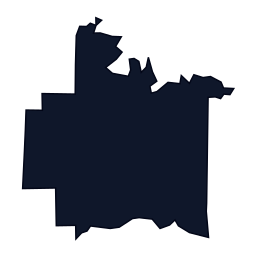 Ponte Preta, Rio Grande do Sul, Brazil, rotated 179°
{"feature_id": "56859067B57948891893703", "entity_name": "Ponte Preta", "entity_type": "district", "adm_level": 2, "iso_a3": "BRA", "parent_name": "Brazil", "parent_adm1": "Rio Grande do Sul", "projection": "orthographic", "projection_center": [-52.512, -27.663], "detail": "fine", "context": "isolated", "style": "filled", "palette": "ink", "viewbox_px": 256, "rotation_deg": 179, "n_neighbors": 0, "source": "geoboundaries", "source_scale": "gbopen_adm2", "svg_char_len": 1058}
<svg xmlns="http://www.w3.org/2000/svg" viewBox="0 0 256 256"><g transform="rotate(179 128 128)"><path d="M182.0,18.0L176.2,24.0L170.8,25.7L167.2,30.7L147.5,27.9L138.5,29.0L125.1,37.4L118.4,38.2L105.4,36.5L97.7,27.0L88.1,30.3L82.6,35.3L79.3,29.3L68.4,22.4L49.4,17.2L51.2,43.4L50.7,51.5L47.4,157.3L40.2,157.6L34.9,155.8L31.6,160.2L25.5,159.6L21.6,165.6L31.8,166.3L34.2,172.3L40.1,175.5L44.6,178.0L52.1,177.1L61.2,180.1L65.8,171.6L73.8,179.5L75.3,171.4L87.2,172.9L98.4,163.9L104.1,162.4L105.4,169.4L98.4,174.3L102.6,183.8L106.4,198.3L108.7,188.4L113.8,183.4L116.0,194.4L120.7,197.4L125.5,196.8L124.3,186.0L126.8,179.7L142.6,182.9L149.3,188.9L138.5,197.0L132.6,204.0L139.0,209.7L133.1,219.3L142.2,219.8L154.1,223.5L160.8,223.5L158.2,231.1L163.9,233.4L167.6,230.2L174.5,230.5L178.1,221.3L179.4,192.1L180.2,162.8L213.3,163.9L213.3,147.2L229.6,147.7L230.7,127.1L232.0,105.9L234.4,69.3L201.4,69.3L201.4,52.9L201.4,46.3L201.4,31.6L182.0,31.6L182.0,18.0ZM158.2,231.1L152.5,236.2L158.2,238.8L158.2,231.1Z" fill="#0f172a" stroke="#020617" stroke-width="1.5"/></g></svg>